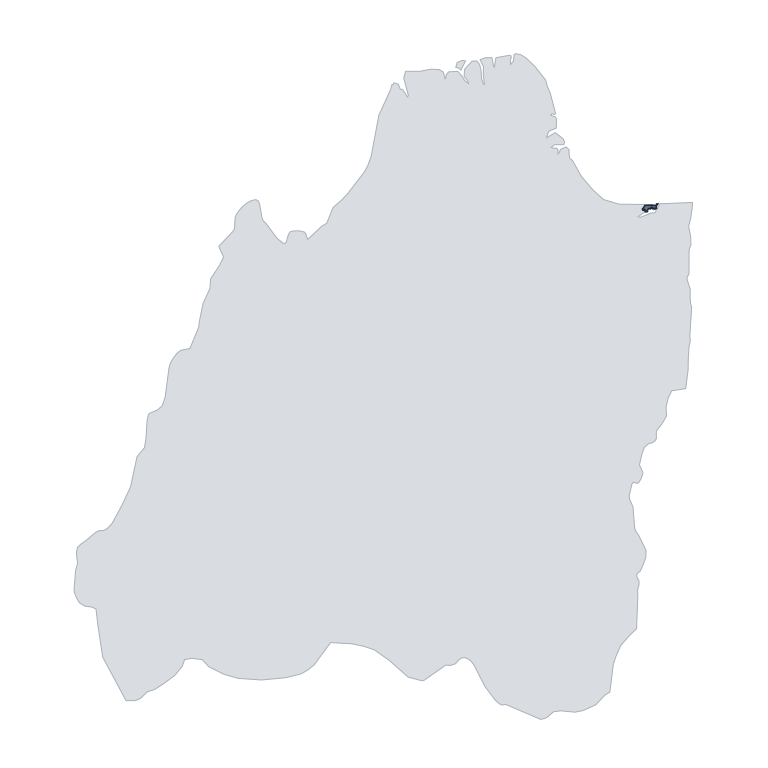 Eti Osa, Lagos, Nigeria (highlighted), rotated 181°
{"feature_id": "59680162B38204256572023", "entity_name": "Eti Osa", "entity_type": "district", "adm_level": 2, "iso_a3": "NGA", "parent_name": "Nigeria", "parent_adm1": "Lagos", "projection": "equal_earth", "projection_center": [3.482, 6.457], "detail": "fine", "context": "in_parent", "style": "filled", "palette": "slate", "viewbox_px": 768, "rotation_deg": 181, "n_neighbors": 0, "source": "geoboundaries", "source_scale": "gbopen_adm2", "svg_char_len": 6165}
<svg xmlns="http://www.w3.org/2000/svg" viewBox="0 0 768 768"><g transform="rotate(181 384 384)"><path d="M636.4,62.9L660.5,106.0L665.9,138.1L668.0,153.9L671.9,155.8L679.2,156.7L684.6,159.8L687.8,165.1L689.9,170.0L690.3,172.9L689.1,192.2L687.3,199.1L688.5,208.6L688.2,212.7L687.5,215.5L684.2,218.7L679.8,221.8L669.3,231.0L666.3,232.3L661.9,232.6L658.0,234.8L653.5,239.8L643.8,258.3L635.6,276.8L629.7,306.8L622.4,316.2L621.1,324.5L620.2,343.3L619.1,348.9L617.9,350.6L609.9,354.2L605.3,358.5L602.6,367.0L599.3,395.9L598.1,400.7L595.5,405.7L591.5,411.1L587.9,414.1L578.7,416.1L570.1,437.9L570.0,441.7L566.3,461.5L559.7,476.4L559.3,486.0L550.9,499.1L546.6,508.1L551.1,517.4L551.5,518.9L537.1,534.7L536.2,537.1L535.7,548.1L534.5,551.0L531.9,555.0L528.0,559.4L524.0,562.8L519.5,565.2L515.2,566.1L512.8,564.7L511.4,561.4L508.9,548.0L507.6,545.1L504.8,542.5L493.5,527.8L486.7,522.6L485.3,523.0L484.1,524.4L482.2,531.8L480.4,534.6L476.8,535.5L470.6,535.6L466.1,534.5L465.0,533.1L462.8,527.2L449.0,540.7L444.1,543.7L438.0,559.6L429.3,567.4L423.2,574.3L407.1,596.0L403.9,602.3L400.7,611.8L393.9,652.5L382.8,677.9L381.3,683.3L380.7,683.1L379.2,685.4L374.9,683.9L372.9,679.2L370.3,678.5L365.6,671.5L364.6,672.7L369.6,690.2L367.8,697.1L354.1,697.2L342.3,699.6L334.2,699.3L330.1,696.9L328.3,690.3L327.6,691.0L327.2,694.5L324.6,697.3L315.6,697.8L311.5,693.3L308.3,688.3L304.8,686.0L305.3,688.1L309.3,693.0L308.9,700.1L301.6,708.3L296.9,708.7L294.0,705.2L292.5,699.5L291.8,691.0L289.8,685.4L288.8,685.4L290.1,694.6L290.1,703.3L293.6,709.9L288.3,712.0L281.9,712.2L281.1,709.8L280.2,704.2L279.1,702.8L277.8,712.2L264.6,714.8L262.8,714.4L262.4,712.6L263.3,710.1L263.1,705.8L260.2,709.1L259.7,715.6L258.1,716.6L253.1,715.7L247.6,712.4L238.7,704.2L227.7,690.8L226.0,684.8L222.8,677.5L217.1,657.3L218.2,656.3L220.7,657.4L221.9,655.5L217.4,654.1L216.4,652.7L216.1,648.2L216.3,642.7L223.2,639.9L224.8,636.5L225.7,633.2L217.2,638.3L209.3,632.5L207.6,629.1L208.4,626.4L217.6,626.2L220.9,623.6L218.9,622.7L215.4,622.8L214.1,621.1L214.2,617.0L213.1,617.9L211.6,621.6L206.2,624.3L203.1,621.6L202.8,615.5L202.1,612.8L199.4,610.7L190.1,594.8L178.3,581.5L167.8,572.3L152.0,567.9L119.0,568.1L117.2,566.9L119.2,564.8L122.1,563.3L132.7,555.9L130.9,555.0L119.9,559.6L116.1,560.0L111.2,569.0L78.7,570.9L78.8,566.8L80.2,555.1L82.2,547.0L80.0,537.2L79.5,528.4L80.8,525.6L81.3,522.3L81.0,499.5L82.7,496.2L82.8,493.8L79.4,484.1L79.5,476.7L78.8,469.5L77.7,466.2L79.0,438.5L78.6,431.6L79.7,426.8L80.2,414.8L80.2,403.1L82.3,384.7L96.2,382.2L99.6,375.0L101.6,365.8L101.0,356.7L105.5,348.8L110.9,341.8L110.7,334.1L112.2,331.7L114.8,329.9L118.5,329.0L122.6,325.1L124.9,318.4L127.2,307.6L123.6,300.1L123.7,298.5L125.0,294.4L127.2,290.4L129.0,289.1L133.0,290.1L134.3,288.5L136.9,276.7L136.6,273.5L132.9,265.5L130.8,244.0L129.7,241.2L126.8,237.3L119.1,222.2L119.2,215.0L122.5,205.8L124.6,201.4L127.5,198.9L128.1,196.8L127.2,194.2L125.8,192.3L125.4,188.2L126.9,182.5L126.5,176.2L127.2,143.8L133.5,137.5L142.6,126.9L147.3,115.9L149.8,107.6L152.8,79.9L157.6,76.9L166.8,66.9L179.2,61.0L187.3,59.2L201.5,60.3L208.7,59.3L214.8,53.8L217.6,52.3L221.5,51.4L256.9,65.8L260.1,65.1L262.8,66.1L267.3,69.9L277.8,83.3L288.8,104.0L292.2,108.5L295.7,110.9L299.1,111.8L301.8,111.4L304.3,109.4L307.7,105.5L312.9,103.7L317.2,104.1L339.1,88.2L341.2,88.0L354.8,91.4L373.4,107.3L388.6,117.8L399.2,121.3L411.7,123.7L432.9,124.5L448.8,102.1L454.6,97.2L461.7,92.8L476.6,88.7L501.3,85.9L524.5,87.1L538.9,90.9L554.2,98.2L560.8,105.2L571.1,106.4L578.5,105.0L580.8,98.1L588.1,89.0L599.1,80.5L608.0,74.6L615.4,72.0L622.0,65.3L627.2,63.1L636.4,62.9ZM316.4,706.8L311.4,708.9L308.1,708.4L312.6,699.2L314.9,701.2L317.8,702.0L316.4,706.8Z" fill="#d9dde1" stroke="#a8b0b8" stroke-width="1"/><path d="M114.7,566.0L114.7,566.4L114.7,566.5L114.7,566.8L114.6,567.0L114.6,567.3L114.6,567.6L114.5,567.9L114.5,568.0L114.4,568.1L113.7,568.1L113.3,568.9L114.6,568.8L114.6,568.7L114.7,568.4L114.7,568.1L114.8,567.9L114.9,567.7L115.0,567.6L115.4,567.5L115.5,567.4L115.8,567.3L116.0,567.2L116.3,567.2L116.5,567.3L116.9,567.4L117.0,567.4L117.3,567.4L117.5,567.4L118.0,567.5L118.5,567.5L118.8,567.4L119.3,567.5L119.5,567.4L119.8,567.4L120.1,567.4L120.6,567.4L120.9,567.4L121.9,567.3L122.3,567.3L122.8,567.3L123.0,567.3L123.4,567.3L123.6,567.3L124.3,567.2L124.7,567.2L125.0,567.2L125.7,567.2L126.3,567.2L126.4,566.6L127.1,565.7L127.2,565.4L127.4,565.2L127.6,564.9L128.3,564.0L128.7,563.6L128.7,563.3L128.7,563.0L128.5,562.6L128.3,562.4L128.2,562.3L127.9,562.3L127.7,562.2L127.5,562.3L127.4,562.5L127.2,562.7L127.2,562.8L127.1,563.0L126.9,563.2L126.5,562.8L126.4,562.8L126.2,562.7L125.9,562.6L125.8,562.4L126.0,562.2L126.3,562.1L126.4,561.9L126.3,561.4L126.1,561.2L125.7,560.8L125.2,560.7L124.9,560.6L124.7,560.7L124.4,560.7L124.2,560.8L123.7,560.9L123.5,561.0L123.5,561.4L123.5,561.5L123.8,561.7L123.8,561.8L123.8,562.1L123.7,562.3L123.6,562.6L123.4,562.9L123.1,563.2L123.1,563.3L122.9,563.5L122.7,563.7L122.5,564.0L122.4,564.0L122.3,563.9L121.9,563.9L121.7,563.9L121.5,564.0L121.4,564.0L121.3,564.3L121.4,564.5L121.5,564.5L121.3,564.5L121.1,564.4L120.9,564.2L120.9,564.3L120.8,564.5L120.7,564.5L120.6,564.4L120.8,564.4L120.8,564.2L120.7,564.0L120.4,564.0L120.4,563.9L120.3,564.1L120.2,564.2L120.2,564.3L120.2,564.6L120.1,564.8L119.9,565.0L119.9,564.9L119.7,564.9L119.6,565.0L119.6,564.9L119.4,564.9L119.5,564.9L119.4,564.9L119.3,565.0L119.3,565.3L119.3,565.5L119.2,565.5L119.2,565.4L119.1,565.2L119.1,564.9L119.0,564.7L119.0,564.8L118.9,565.0L118.9,564.9L118.8,564.7L118.5,564.5L118.5,564.4L118.8,564.5L119.0,564.2L118.8,563.9L118.7,564.0L118.6,564.3L118.4,564.5L118.2,564.5L117.9,564.5L117.7,564.4L117.7,564.2L117.4,564.1L117.2,564.0L116.9,563.9L116.9,564.0L116.9,563.9L116.8,564.0L116.9,564.3L116.8,564.2L116.7,564.2L116.6,564.3L116.4,564.2L116.4,564.3L116.2,564.2L115.9,564.1L115.7,564.0L115.4,564.2L115.4,564.3L115.2,564.3L115.1,564.5L115.1,564.4L115.0,564.5L115.0,564.4L114.9,564.4L114.9,564.5L114.9,564.4L114.8,564.5L114.8,564.4L114.8,564.5L114.8,564.4L114.8,564.5L114.7,564.5L114.8,564.7L114.9,564.8L115.0,564.9L115.0,565.0L114.9,565.1L114.9,565.3L114.9,565.5L114.8,565.8L114.7,565.8L114.7,566.0Z" fill="#64748b" stroke="#1e293b" stroke-width="1.5"/></g></svg>